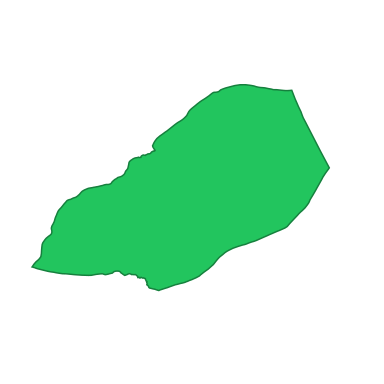 the district of Sangkum Thmei, Preah Vihéar, Cambodia, rotated 24°
{"feature_id": "14789045B6075848816012", "entity_name": "Sangkum Thmei", "entity_type": "district", "adm_level": 2, "iso_a3": "KHM", "parent_name": "Cambodia", "parent_adm1": "Preah Vihéar", "projection": "mercator", "projection_center": [104.719, 13.488], "detail": "fine", "context": "isolated", "style": "filled", "palette": "green", "viewbox_px": 384, "rotation_deg": 24, "n_neighbors": 0, "source": "geoboundaries", "source_scale": "gbopen_adm2", "svg_char_len": 6019}
<svg xmlns="http://www.w3.org/2000/svg" viewBox="0 0 384 384"><g transform="rotate(24 192 192)"><path d="M201.8,295.5L202.4,294.7L204.2,293.1L206.4,291.1L208.4,289.4L210.2,287.6L214.4,283.6L216.4,282.1L218.7,280.2L220.5,278.9L222.2,277.5L223.3,276.3L224.4,275.3L225.4,274.1L227.6,272.0L228.9,270.5L230.4,268.9L231.5,267.5L232.9,265.7L233.5,264.2L234.6,262.1L235.6,260.2L237.0,257.8L238.2,255.8L239.2,253.5L240.1,251.5L241.0,249.6L242.2,244.8L242.8,242.7L243.6,240.3L245.7,236.3L246.7,234.1L248.0,232.0L249.3,230.3L252.3,226.7L254.5,224.6L256.2,223.0L257.8,221.6L259.6,220.0L261.6,218.5L263.0,217.2L264.3,215.8L266.7,213.5L268.4,212.1L270.4,210.2L272.4,208.0L275.9,204.1L278.3,201.5L280.3,199.2L282.0,197.4L283.9,195.3L285.5,193.6L286.2,192.8L286.9,192.2L288.9,190.0L291.6,187.0L292.3,185.9L292.9,185.0L293.2,184.2L293.5,183.1L294.0,181.4L294.6,179.6L295.3,177.6L296.2,175.0L297.8,170.5L298.4,168.5L299.3,166.2L300.1,164.5L300.8,162.8L301.7,160.5L302.1,158.8L302.6,156.8L303.0,154.7L303.1,153.1L303.0,151.2L303.3,148.6L303.7,145.5L304.0,142.7L304.3,139.8L304.5,137.2L304.8,134.3L305.0,132.1L305.4,127.8L305.5,125.4L305.9,122.8L306.3,120.4L307.2,116.2L307.6,114.1L292.5,102.3L267.5,82.2L263.3,78.9L260.8,76.4L258.8,74.3L257.0,72.8L254.4,70.6L251.6,68.0L248.4,65.1L246.2,62.9L241.8,58.5L241.2,58.8L239.1,60.0L236.3,61.3L233.4,62.3L227.5,64.2L226.2,64.8L224.7,65.4L222.3,65.8L220.1,66.4L216.3,67.2L214.5,67.8L213.1,68.3L211.7,68.8L209.8,69.3L207.8,69.7L205.7,69.9L203.5,70.4L201.3,71.0L197.7,72.1L196.2,72.7L192.1,74.6L190.1,75.9L187.9,77.3L185.5,79.2L180.4,83.3L178.3,85.3L176.7,87.0L176.2,88.0L175.7,89.2L174.8,90.1L173.8,90.8L173.0,91.3L172.1,91.7L171.3,92.2L170.7,92.9L169.9,94.2L169.2,95.6L168.3,97.4L166.3,100.7L165.4,102.1L164.1,104.0L162.7,106.2L162.1,107.4L161.0,109.4L159.9,111.7L157.8,115.8L157.0,117.6L156.4,119.7L156.2,122.2L156.1,124.3L155.2,126.8L154.4,128.7L153.4,130.5L152.3,132.2L151.2,133.7L150.3,135.1L149.2,137.0L146.8,141.6L146.0,143.2L144.2,146.6L143.1,148.3L141.2,151.7L139.9,153.8L139.0,155.7L138.2,157.4L137.8,159.0L137.4,160.8L137.2,162.9L137.2,164.4L137.2,165.5L137.2,165.9L137.6,166.3L137.8,166.6L138.5,167.2L139.5,167.8L139.8,168.1L140.2,168.3L140.7,168.6L141.3,168.9L141.3,169.3L141.2,169.6L140.9,169.9L140.6,170.2L140.1,170.2L139.8,170.5L139.7,171.0L139.2,171.4L138.9,171.7L138.6,172.5L138.5,172.9L138.5,173.3L138.2,173.8L137.7,174.3L136.7,174.9L136.3,175.0L135.8,175.8L135.4,176.2L135.2,176.4L134.8,176.7L134.4,177.6L133.1,177.8L132.7,177.9L132.2,178.2L131.8,178.7L131.5,179.1L131.3,179.4L131.1,179.8L131.0,180.4L131.1,180.8L131.2,181.2L130.7,181.4L130.3,181.7L129.9,181.9L129.6,182.1L128.9,182.0L128.1,182.8L127.3,183.3L126.8,183.6L126.4,183.9L126.1,184.1L125.4,184.8L124.5,185.9L124.2,186.5L123.8,187.1L123.1,188.2L122.9,188.7L122.6,189.5L122.5,190.0L122.5,190.8L122.7,191.6L122.9,192.3L123.6,195.6L123.7,196.3L123.7,197.0L123.6,197.7L123.0,199.6L122.9,200.3L123.0,201.9L122.9,202.9L122.7,203.8L121.6,205.8L121.1,206.5L120.4,207.2L118.6,208.7L118.2,209.1L117.9,209.8L117.5,210.5L116.9,211.3L116.3,212.1L115.9,213.0L115.2,214.5L114.9,215.3L114.8,216.2L114.6,217.0L114.3,217.6L113.6,218.3L112.9,218.9L112.2,219.3L110.6,220.0L109.9,220.5L108.7,221.4L107.8,222.3L106.7,223.1L105.9,223.7L104.9,224.5L103.9,225.3L102.5,226.2L101.4,227.0L100.0,227.9L99.1,228.6L97.7,229.5L96.5,230.3L95.7,230.9L94.9,231.7L94.2,232.5L93.6,233.1L92.8,234.0L91.4,236.0L91.2,236.6L91.0,237.0L90.5,238.6L90.2,239.7L89.9,240.5L89.5,241.2L89.2,242.1L88.9,242.6L88.0,244.0L87.4,244.6L86.9,245.0L85.8,246.0L84.1,248.1L83.4,248.6L82.8,249.0L82.3,249.6L81.8,250.0L81.4,250.6L81.1,251.3L80.8,252.5L80.5,253.4L80.2,254.3L79.9,255.3L79.4,257.4L79.1,258.5L78.8,259.6L78.4,260.6L78.1,261.5L77.7,262.8L77.5,264.0L77.5,264.8L77.5,265.9L77.5,266.7L77.6,268.0L77.6,269.2L77.6,270.5L77.7,271.8L78.1,274.4L78.2,275.7L78.1,276.9L78.1,278.2L78.0,278.7L77.9,279.3L77.9,280.6L78.1,281.3L78.1,281.9L78.3,282.4L78.6,282.9L78.9,283.4L79.3,283.8L79.7,284.5L80.0,285.0L80.3,285.6L80.5,286.5L80.5,287.3L80.5,288.0L79.7,289.6L79.0,290.7L77.6,293.6L77.1,295.3L76.6,297.8L76.4,299.0L76.4,299.6L76.5,301.0L77.4,303.9L78.1,305.9L78.7,307.5L79.4,309.3L79.8,310.8L80.2,312.4L80.1,313.3L79.6,315.4L79.1,316.7L78.7,317.5L78.3,318.4L77.8,319.5L77.6,320.2L77.1,321.8L76.9,322.7L76.5,325.1L76.4,325.5L77.0,325.4L77.8,325.3L78.2,325.3L78.6,325.2L79.1,325.1L79.6,325.1L80.4,325.1L81.1,325.0L81.6,325.0L89.6,323.6L92.9,323.0L95.8,322.3L98.0,321.6L100.8,321.0L104.2,320.1L107.0,319.3L110.1,318.0L115.5,316.2L117.7,315.5L121.0,314.3L125.4,312.7L128.3,311.5L129.8,310.9L131.5,310.2L133.3,309.3L133.8,309.1L138.0,306.2L140.2,304.9L141.9,303.9L142.6,303.6L142.8,303.4L143.6,303.1L143.9,303.1L144.9,303.0L146.0,302.9L146.6,302.7L146.9,302.5L149.0,301.0L149.9,300.2L151.5,299.0L152.1,298.6L152.5,297.9L152.6,297.5L152.9,297.0L153.1,296.6L153.2,296.3L153.6,296.1L154.4,295.4L155.0,295.1L155.5,294.8L156.0,294.6L157.3,294.1L157.9,294.1L158.6,294.1L159.1,294.2L159.4,294.4L160.1,294.8L160.4,294.8L160.8,294.9L161.2,294.9L162.3,295.2L162.9,295.3L164.0,295.5L164.3,295.6L164.6,295.4L164.9,295.2L165.2,294.9L165.6,294.5L166.1,294.0L166.6,293.5L167.2,292.7L167.6,292.4L167.9,292.2L168.3,292.0L168.7,291.9L169.6,291.9L170.0,291.9L170.4,292.0L170.7,291.9L171.2,291.6L171.6,291.4L172.4,291.2L172.8,291.1L173.2,290.8L173.6,290.5L174.1,290.4L174.6,290.5L174.9,290.7L175.3,290.9L175.6,291.0L176.1,290.9L176.6,291.1L176.8,291.3L177.0,291.6L177.3,292.2L177.6,292.1L177.9,291.8L178.3,291.5L178.7,291.7L179.2,291.8L179.5,291.8L179.8,291.2L180.0,290.8L180.3,290.6L180.7,290.7L182.0,290.7L182.3,290.5L182.7,290.1L183.0,290.1L183.4,290.3L183.8,290.3L184.2,290.1L184.6,290.1L185.0,290.6L185.4,291.1L185.8,291.4L186.1,291.6L186.5,292.1L187.2,292.1L187.4,292.3L187.4,292.7L187.4,293.1L187.7,293.3L188.4,294.1L188.3,294.4L188.3,294.7L188.5,295.1L188.8,295.0L189.3,295.3L189.6,295.4L190.0,295.5L190.4,295.8L190.8,296.1L191.5,296.8L191.9,296.8L192.3,297.0L192.7,296.9L196.2,296.3L197.2,296.0L198.1,295.9L199.4,295.8L201.8,295.5Z" fill="#22c55e" stroke="#15803d" stroke-width="1.5"/></g></svg>